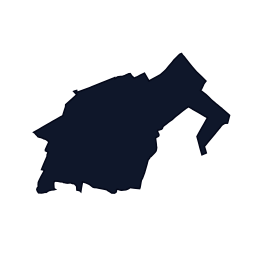 the district of Njoro, Rift Valley, Kenya, rotated 258°
{"feature_id": "3690345B46950883953132", "entity_name": "Njoro", "entity_type": "district", "adm_level": 2, "iso_a3": "KEN", "parent_name": "Kenya", "parent_adm1": "Rift Valley", "projection": "albers", "projection_center": [35.95, -0.496], "detail": "fine", "context": "isolated", "style": "filled", "palette": "ink", "viewbox_px": 256, "rotation_deg": 258, "n_neighbors": 0, "source": "geoboundaries", "source_scale": "gbopen_adm2", "svg_char_len": 4338}
<svg xmlns="http://www.w3.org/2000/svg" viewBox="0 0 256 256"><g transform="rotate(258 128 128)"><path d="M180.1,125.6L179.8,124.3L179.6,122.9L178.7,117.7L178.6,117.2L177.7,111.8L176.8,106.7L175.9,101.5L175.4,99.1L174.0,89.2L173.7,87.0L173.4,85.6L175.4,85.6L175.3,83.9L175.1,82.5L171.2,84.8L163.8,71.9L161.6,71.3L159.4,70.0L155.9,68.0L153.6,66.8L153.2,65.5L152.9,64.3L152.3,62.5L151.2,59.1L150.2,55.8L149.1,52.6L148.4,50.3L147.3,46.9L146.4,44.1L145.2,40.7L144.2,37.4L143.4,34.8L142.4,35.8L140.8,36.6L139.5,37.5L138.2,38.1L137.7,38.9L137.2,39.8L136.8,40.9L136.3,41.6L135.7,42.6L135.0,43.3L134.6,44.1L134.0,45.2L132.6,46.5L131.1,47.6L130.2,47.3L129.0,46.4L128.1,45.7L124.0,42.7L122.9,42.5L122.1,43.6L121.0,44.8L119.8,44.1L118.6,43.3L117.1,43.0L112.9,40.0L108.9,37.2L105.3,34.8L104.8,36.0L103.9,37.4L102.3,36.1L101.6,35.5L100.8,34.8L100.0,34.1L98.5,32.8L95.3,30.3L93.5,29.0L91.2,28.3L89.3,28.1L88.0,26.6L86.7,26.0L85.3,26.2L84.5,26.5L83.9,26.7L83.2,27.0L82.8,28.5L82.4,29.9L82.3,31.6L82.4,32.9L82.1,34.7L82.8,36.4L83.2,37.6L83.2,38.6L83.3,39.8L83.2,41.0L83.0,42.6L83.1,44.1L84.0,43.1L85.3,43.2L86.8,43.4L88.9,43.7L90.5,44.3L91.2,45.2L91.1,46.3L90.5,48.3L89.8,49.9L89.4,50.8L88.9,52.8L88.1,53.6L87.7,54.8L87.1,56.0L86.6,57.6L86.5,59.0L86.3,60.4L85.2,62.2L84.6,64.0L83.5,64.6L82.4,65.4L81.2,65.6L79.9,65.4L77.9,65.1L77.2,66.8L76.6,67.9L75.5,68.6L79.0,69.9L84.8,72.3L83.1,75.5L81.8,77.3L80.7,78.7L77.5,81.4L76.8,82.6L76.3,84.6L75.1,87.3L74.1,89.7L72.8,92.7L72.0,94.4L71.0,95.2L69.1,97.3L67.8,98.5L67.1,101.3L67.7,102.9L68.7,103.5L69.9,103.9L70.3,104.6L70.1,105.4L69.7,106.3L69.4,106.6L69.1,107.2L68.5,108.5L68.3,110.5L68.0,113.1L68.3,115.0L68.4,115.4L68.6,116.1L69.1,117.2L69.3,117.7L68.7,119.4L68.1,121.1L67.0,124.5L66.8,125.2L66.5,126.1L66.3,126.8L67.3,127.4L68.7,128.0L73.0,129.7L74.4,130.4L75.7,131.6L80.7,134.8L87.1,138.2L88.6,139.0L90.5,139.9L91.6,140.5L92.7,141.1L93.3,141.9L93.8,142.6L95.0,143.5L95.3,144.5L97.7,148.1L98.7,149.5L99.8,150.7L101.6,151.5L103.1,152.0L104.6,152.0L105.5,152.2L108.8,152.5L111.6,152.7L112.8,153.2L113.1,154.1L113.2,154.6L113.3,155.1L113.5,155.6L113.7,156.1L113.9,156.4L114.3,156.6L114.7,156.8L115.3,156.8L116.1,156.7L116.7,156.5L117.0,156.4L117.5,156.3L118.0,156.2L118.5,156.1L119.0,156.5L119.4,156.8L119.9,157.2L119.8,157.8L119.6,158.3L119.7,158.8L119.8,159.6L119.8,160.2L119.9,160.5L120.1,160.9L120.3,161.3L121.1,161.9L121.5,162.1L122.1,162.4L123.1,164.3L123.7,165.7L124.3,166.9L125.1,168.4L125.7,169.7L127.1,173.1L128.2,174.9L128.5,175.4L129.3,176.8L130.0,178.2L131.4,181.1L132.7,183.6L133.8,185.8L134.4,187.2L135.3,189.0L135.7,190.2L136.3,191.6L133.5,194.7L133.0,195.1L128.8,199.9L126.7,202.2L126.3,202.6L125.8,203.1L125.3,203.7L124.5,204.5L124.2,204.9L123.6,205.5L123.1,206.1L122.2,207.2L121.8,207.6L121.5,207.9L116.6,203.6L116.0,203.1L113.7,201.0L108.6,196.5L105.3,193.7L102.4,193.9L98.7,194.1L93.7,194.3L90.6,194.5L86.4,194.8L86.5,195.2L86.6,195.6L86.7,196.2L86.8,196.7L86.9,197.3L87.0,197.7L87.0,198.1L87.1,198.5L87.2,199.0L87.3,199.4L90.6,199.2L92.4,199.0L94.2,198.9L95.1,200.2L96.2,201.6L97.0,202.5L100.3,206.7L102.8,209.9L104.6,212.2L105.9,213.7L107.0,215.2L107.8,216.1L108.3,216.8L109.3,218.1L110.5,219.4L111.6,221.0L112.1,222.6L112.4,223.3L112.4,223.8L112.4,224.4L112.2,225.4L112.0,226.3L113.2,227.0L113.7,227.2L119.3,230.0L119.8,229.6L120.2,229.3L120.8,228.9L122.2,227.8L125.0,225.7L125.5,225.3L126.3,224.7L126.9,224.2L127.3,224.0L127.7,223.8L128.1,223.4L128.9,222.7L129.5,222.2L131.6,220.6L132.8,219.6L133.7,218.8L135.1,217.9L135.6,217.4L138.2,215.4L141.5,213.3L144.5,211.2L149.8,206.7L150.4,207.3L150.9,208.1L151.5,208.5L154.0,210.4L155.4,211.4L156.6,212.7L157.1,213.3L157.7,214.0L162.8,210.7L166.3,208.3L167.5,207.5L168.6,206.7L174.4,203.5L179.1,201.1L184.4,198.5L185.5,198.0L185.9,197.8L186.4,197.5L186.8,197.2L187.2,197.0L187.7,196.7L188.4,196.3L188.9,196.1L189.7,195.9L189.5,194.3L188.7,192.8L187.1,190.4L186.2,189.0L185.0,187.1L183.1,184.9L182.2,183.7L181.3,182.5L180.1,180.9L177.3,177.5L175.8,175.1L173.4,170.8L172.3,167.2L171.4,164.1L170.7,161.7L170.1,159.7L169.6,158.3L178.2,155.5L177.2,151.3L176.8,149.9L176.3,148.4L176.0,147.0L175.9,146.0L175.4,144.5L178.2,142.5L180.7,141.5L180.9,140.1L180.5,138.3L180.3,137.1L179.9,135.9L179.8,134.6L179.6,133.1L179.9,131.7L180.1,129.4L180.1,128.1L179.6,127.2L178.9,125.6L180.1,125.6Z" fill="#0f172a" stroke="#020617" stroke-width="1.5"/></g></svg>